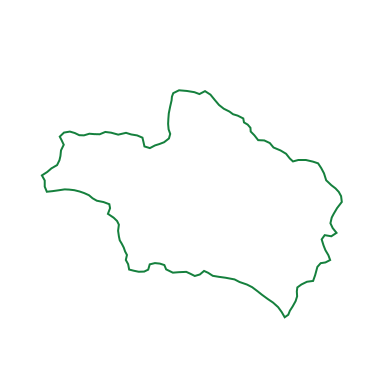 Congonhal, Minas Gerais, Brazil, rotated 283°
{"feature_id": "56859067B12775291475063", "entity_name": "Congonhal", "entity_type": "district", "adm_level": 2, "iso_a3": "BRA", "parent_name": "Brazil", "parent_adm1": "Minas Gerais", "projection": "natural_earth1", "projection_center": [-46.043, -22.132], "detail": "fine", "context": "isolated", "style": "outline", "palette": "green", "viewbox_px": 384, "rotation_deg": 283, "n_neighbors": 0, "source": "geoboundaries", "source_scale": "gbopen_adm2", "svg_char_len": 2145}
<svg xmlns="http://www.w3.org/2000/svg" viewBox="0 0 384 384"><g transform="rotate(283 192 192)"><path d="M184.7,342.0L188.5,337.2L192.7,333.9L198.6,333.9L202.7,335.0L209.0,337.0L216.0,340.2L221.5,338.2L225.1,335.0L227.8,331.0L230.0,326.2L233.6,320.1L239.9,316.4L244.4,312.5L248.3,308.4L248.8,303.0L248.8,295.8L247.1,288.4L244.5,283.5L246.7,279.7L250.4,275.1L252.4,268.9L253.7,261.4L257.2,256.8L258.5,250.8L257.4,244.8L261.3,240.0L264.1,235.6L267.7,234.5L270.2,231.1L271.5,227.0L275.2,225.4L276.7,219.3L277.0,214.5L278.8,210.4L280.3,204.2L282.9,198.7L286.7,193.6L291.0,188.1L293.2,182.0L289.1,177.2L289.8,171.9L289.3,164.3L288.2,156.5L284.1,151.5L280.4,151.0L276.7,151.5L270.2,151.5L263.4,151.7L258.0,152.5L253.0,153.4L247.8,155.1L243.7,157.7L239.0,157.5L234.2,153.6L231.3,149.3L229.1,145.5L225.3,141.1L225.7,135.4L229.3,133.7L233.8,131.5L234.8,125.8L234.4,119.8L234.8,114.4L231.3,107.2L231.6,99.8L231.0,94.0L227.5,89.1L226.4,83.7L225.7,78.9L222.9,74.0L222.0,69.4L223.1,64.5L223.4,59.4L221.1,53.9L216.2,50.7L213.0,53.4L209.2,56.4L203.1,55.0L197.5,55.7L193.2,55.7L187.9,54.5L183.4,49.7L178.9,46.4L174.4,42.0L170.1,45.9L164.1,47.3L159.6,50.5L161.5,56.0L163.8,62.0L165.9,67.3L166.7,71.7L167.3,76.9L167.2,82.5L166.7,87.2L165.7,92.3L163.5,96.6L162.1,101.2L162.3,108.1L161.5,114.2L157.8,115.8L151.8,115.0L149.3,121.5L146.9,125.5L143.7,128.1L137.6,128.7L132.2,130.8L128.6,132.5L125.7,135.3L122.5,138.0L119.0,140.2L116.0,142.8L110.9,142.8L107.3,146.0L102.3,148.2L102.2,153.0L102.3,158.0L103.7,163.3L106.5,166.8L112.0,167.1L114.4,171.9L115.0,176.8L114.6,181.5L110.8,184.2L109.1,191.5L110.9,197.2L112.9,204.4L112.0,208.7L110.8,213.6L113.4,218.2L117.8,221.5L116.9,225.9L115.0,231.1L115.4,237.4L116.0,243.9L116.4,253.1L115.0,258.6L114.2,266.3L112.8,272.0L110.4,277.4L107.7,283.1L104.9,289.6L102.5,295.8L99.2,301.8L95.2,306.4L90.8,310.5L94.0,313.4L98.4,314.1L103.1,315.8L109.0,317.5L114.0,317.9L118.7,316.5L122.7,316.1L126.5,319.4L130.4,324.2L132.6,330.0L138.7,330.7L147.2,331.0L151.6,333.4L153.4,337.9L156.8,341.9L161.1,339.1L165.3,335.1L169.5,332.2L175.0,329.0L179.8,331.0L180.2,337.7L184.7,342.0Z" fill="none" stroke="#15803d" stroke-width="2"/></g></svg>